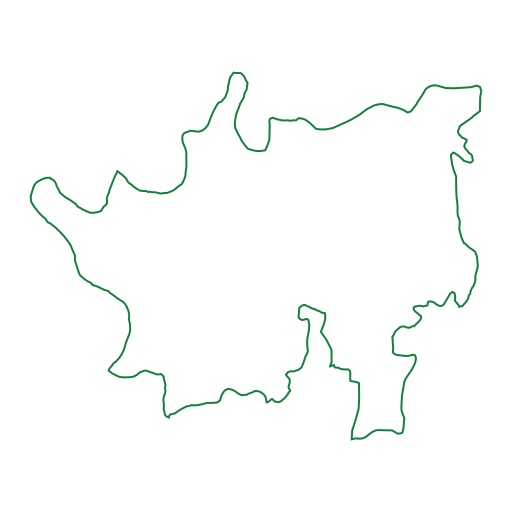 Tukh, Al Qalyubiyah, Egypt
{"feature_id": "37247803B54771061850383", "entity_name": "Tukh", "entity_type": "district", "adm_level": 2, "iso_a3": "EGY", "parent_name": "Egypt", "parent_adm1": "Al Qalyubiyah", "projection": "equal_earth", "projection_center": [31.147, 30.344], "detail": "fine", "context": "isolated", "style": "outline", "palette": "green", "viewbox_px": 512, "rotation_deg": 0, "n_neighbors": 0, "source": "geoboundaries", "source_scale": "gbopen_adm2", "svg_char_len": 6049}
<svg xmlns="http://www.w3.org/2000/svg" viewBox="0 0 512 512"><path d="M117.4,171.2L114.0,178.5L109.7,189.5L109.0,192.5L107.5,195.8L106.8,199.2L107.2,202.0L106.7,203.9L106.4,204.4L104.9,205.6L103.2,207.3L101.1,210.9L97.9,212.1L93.9,212.8L89.9,212.7L83.2,209.7L77.1,206.2L76.5,204.8L75.7,203.9L70.8,200.5L64.9,196.9L60.1,192.8L58.8,189.9L56.9,186.7L56.1,184.1L54.8,181.5L52.9,179.7L50.8,178.9L50.5,178.2L49.8,177.7L46.2,177.9L43.1,178.8L37.7,181.6L35.9,183.1L34.6,184.7L33.6,186.9L31.1,194.8L30.7,197.3L30.9,200.0L31.4,202.2L34.4,207.0L38.0,211.6L41.2,215.1L45.4,218.8L47.8,222.3L50.3,223.4L56.2,228.2L59.9,231.7L65.1,237.5L70.1,244.3L75.1,255.8L74.9,258.6L75.2,261.2L78.0,270.1L79.6,274.6L82.0,277.0L85.0,279.5L88.2,281.6L91.1,282.9L91.8,283.7L92.1,284.7L97.3,286.5L104.5,290.0L108.4,291.0L109.5,292.4L111.1,293.8L113.1,295.0L117.2,298.2L123.3,302.1L125.1,304.1L126.6,306.5L128.4,310.8L129.1,314.3L129.2,316.8L128.9,319.1L129.8,323.3L130.2,327.6L130.1,330.7L129.5,333.6L126.0,342.5L124.0,349.6L122.0,353.8L120.0,356.9L118.0,359.4L115.8,361.6L113.6,363.3L111.3,366.4L109.3,368.8L108.7,370.7L113.1,373.9L118.0,376.3L119.6,376.9L122.9,377.3L128.8,377.3L133.7,376.6L137.0,374.8L140.5,372.0L142.3,371.5L144.0,370.7L145.9,370.5L156.2,374.2L158.1,374.5L161.0,374.0L163.7,376.6L163.8,378.5L164.6,381.1L164.8,382.6L165.5,385.4L165.0,388.0L165.4,390.6L165.1,393.5L164.0,395.7L163.5,398.5L163.4,401.0L163.9,403.5L163.7,409.6L164.7,412.8L164.8,414.7L166.3,416.4L168.8,417.5L169.0,416.3L170.0,414.6L175.0,413.3L180.7,409.4L186.6,406.4L189.2,406.0L191.3,405.2L195.6,405.4L199.2,404.9L207.8,402.8L210.3,403.0L216.9,402.6L220.0,400.5L221.8,394.8L224.3,390.9L225.4,390.0L228.3,388.9L231.8,389.6L235.7,391.6L236.9,392.7L241.5,395.2L247.1,394.6L248.7,393.6L252.6,392.3L254.7,391.0L258.8,391.3L261.8,392.8L264.3,395.0L265.6,397.0L266.6,402.4L268.3,401.9L270.8,399.7L272.1,399.0L275.0,401.6L278.8,402.2L281.9,400.6L282.6,399.8L284.8,398.0L287.8,394.3L288.4,392.9L290.2,390.9L288.6,387.6L288.7,385.6L289.6,383.3L289.8,380.5L289.3,378.7L286.8,376.0L286.0,374.6L288.3,372.0L290.5,371.3L294.0,371.4L296.1,370.5L298.0,370.1L301.2,367.7L302.1,366.2L305.0,358.3L305.4,356.7L307.3,353.2L307.8,351.0L307.2,344.8L307.2,339.9L307.6,336.9L308.7,331.6L309.3,325.5L309.0,322.8L308.2,319.6L306.5,319.0L305.8,319.0L303.9,319.8L301.9,320.0L299.7,318.8L298.7,317.3L298.5,315.6L299.1,312.7L299.0,311.8L299.3,307.8L301.9,305.7L303.3,305.1L305.2,305.0L307.1,306.2L309.0,306.7L310.5,307.7L312.7,308.7L314.7,308.9L316.0,310.0L319.5,311.2L321.6,312.6L324.8,313.1L325.3,315.9L325.2,318.8L324.7,321.0L323.7,324.9L322.6,327.3L320.9,331.9L326.3,339.7L331.5,349.6L331.6,362.2L330.0,366.4L330.3,366.5L330.9,366.0L333.9,365.0L334.4,366.9L335.1,367.5L338.1,367.7L340.5,368.8L342.6,369.3L348.5,369.5L349.7,370.7L350.3,372.2L350.2,378.7L350.3,380.8L351.9,381.3L356.6,382.0L359.0,383.2L359.2,398.4L358.6,408.9L355.4,420.6L352.2,430.5L351.7,439.3L355.5,438.4L359.8,438.7L362.5,438.4L365.5,437.1L371.5,432.5L375.2,430.6L377.4,430.1L392.1,430.4L396.8,433.2L398.4,433.7L400.6,433.4L402.0,432.9L402.6,431.8L403.5,427.9L404.3,418.1L403.8,416.5L403.0,415.0L401.7,411.0L401.4,409.4L401.6,401.4L402.2,394.4L404.3,381.9L405.7,378.6L411.5,370.1L414.5,364.5L415.2,362.5L416.0,358.5L415.1,355.4L413.4,354.7L409.7,355.6L406.0,356.0L396.8,355.0L393.8,353.5L392.8,352.3L393.2,349.2L392.4,336.8L393.5,335.3L394.1,333.7L395.9,330.8L400.3,327.0L402.6,326.4L405.4,326.8L407.1,327.6L409.7,327.7L412.6,326.2L414.0,326.2L419.3,321.1L421.2,318.0L421.2,317.1L420.8,316.0L419.4,315.1L418.2,313.7L415.6,311.8L413.7,309.6L413.8,307.2L414.4,306.7L420.0,305.7L423.5,306.4L427.5,305.4L427.8,302.8L428.8,301.4L431.8,301.6L434.1,302.5L437.0,304.8L439.5,305.9L440.8,306.0L442.9,305.3L443.7,304.6L450.3,293.5L452.4,291.9L454.5,293.2L455.2,296.6L455.0,300.8L458.8,305.4L459.1,306.8L462.3,306.1L466.2,301.8L468.0,298.9L469.0,295.0L470.2,293.9L470.4,292.0L471.9,288.2L473.8,285.5L475.5,280.0L475.2,277.1L476.1,272.6L477.4,268.3L477.8,265.9L477.0,256.6L475.1,251.6L469.0,247.3L464.7,243.3L464.0,243.2L461.7,238.2L460.9,235.4L459.3,229.0L459.8,221.7L459.0,218.2L457.9,216.1L457.5,212.4L457.6,206.5L457.1,201.1L456.6,197.5L456.2,189.4L456.1,176.4L453.7,170.0L452.3,165.2L451.0,156.2L451.0,154.9L452.1,153.6L453.2,152.6L454.4,152.9L458.2,155.5L461.3,158.1L464.0,160.9L470.2,162.7L471.9,161.9L472.9,160.4L472.0,155.7L470.8,154.1L468.9,152.9L467.2,150.6L466.0,149.5L465.1,148.2L464.2,146.2L464.9,144.0L466.4,141.6L466.6,140.7L466.6,139.8L463.7,138.2L462.7,138.1L458.8,134.2L457.9,131.4L460.1,125.9L471.5,117.9L474.1,115.5L479.9,111.2L480.2,97.2L481.3,90.8L480.0,87.0L477.0,85.6L470.7,87.2L453.9,88.3L445.6,88.0L436.7,85.5L434.1,85.3L431.5,85.8L429.1,86.7L427.3,87.8L425.5,89.5L422.2,95.2L417.5,102.1L416.6,104.1L410.9,111.4L407.7,112.5L403.6,110.0L397.8,107.8L392.6,106.7L382.7,104.0L378.6,104.3L374.2,105.4L366.2,109.6L359.9,114.5L353.0,118.6L348.1,121.2L333.0,128.0L325.8,129.4L320.4,129.4L316.1,128.9L310.0,123.1L306.7,120.6L304.3,119.2L302.1,118.6L298.6,118.2L296.1,120.3L293.1,120.3L290.2,120.8L287.8,120.3L284.0,120.5L281.1,120.2L276.1,119.0L272.7,117.7L269.9,118.9L269.3,121.7L269.7,123.8L269.4,139.8L267.8,144.4L265.3,150.3L259.6,151.1L256.3,151.0L251.8,150.0L248.0,148.8L245.8,146.4L241.7,140.8L240.2,137.6L237.7,133.3L235.2,128.0L234.8,122.8L235.3,119.0L236.4,113.5L238.3,109.0L240.2,103.6L243.7,97.7L244.6,93.1L246.6,89.6L247.5,82.9L245.7,80.0L244.4,76.7L241.1,73.3L239.2,72.9L236.6,73.1L233.5,72.7L230.0,77.7L228.2,85.6L227.6,91.0L225.1,97.4L220.9,102.0L218.7,102.5L216.8,105.0L213.1,112.0L211.1,116.7L208.0,124.9L206.0,127.5L203.7,129.6L201.7,130.8L198.4,131.7L190.6,130.7L184.4,133.0L183.0,134.6L182.3,136.5L182.5,141.0L182.9,142.6L185.4,148.7L186.3,152.3L186.4,167.5L185.6,172.0L185.5,175.2L184.9,177.4L182.6,182.8L181.3,184.5L179.0,185.9L173.8,190.2L167.5,192.9L164.3,193.0L162.5,193.4L160.7,193.5L154.9,192.2L152.3,192.3L150.1,191.7L148.3,192.0L146.5,191.1L141.7,190.9L139.6,190.5L136.6,188.7L133.1,186.3L131.1,184.3L129.0,183.1L127.4,181.0L126.1,178.4L122.5,175.1L117.4,171.2Z" fill="none" stroke="#15803d" stroke-width="2"/></svg>